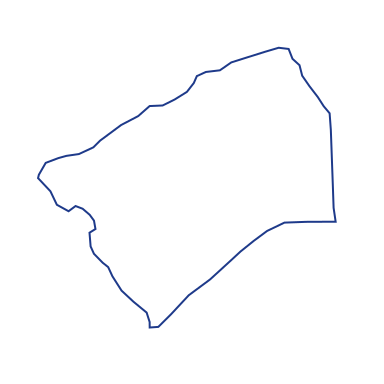 outline of Haparanda, Norrbotten, Sweden, rotated 260°
{"feature_id": "70781695B66074520393344", "entity_name": "Haparanda", "entity_type": "district", "adm_level": 2, "iso_a3": "SWE", "parent_name": "Sweden", "parent_adm1": "Norrbotten", "projection": "mercator", "projection_center": [23.793, 65.969], "detail": "fine", "context": "isolated", "style": "outline", "palette": "blue", "viewbox_px": 384, "rotation_deg": 260, "n_neighbors": 0, "source": "geoboundaries", "source_scale": "gbopen_adm2", "svg_char_len": 906}
<svg xmlns="http://www.w3.org/2000/svg" viewBox="0 0 384 384"><g transform="rotate(260 192 192)"><path d="M65.9,126.8L65.0,135.4L75.3,150.2L90.9,170.9L102.8,194.7L118.3,219.1L125.0,229.5L133.2,244.4L140.6,259.2L145.8,277.7L142.8,299.2L137.8,328.3L151.8,328.7L175.2,332.0L229.0,339.5L245.6,341.2L253.6,336.6L263.6,332.4L275.7,326.1L287.4,320.7L298.2,319.9L305.7,314.1L316.1,312.0L319.0,302.4L317.4,288.2L314.9,269.0L312.8,253.2L307.0,240.6L307.8,226.5L305.3,216.9L299.0,212.7L291.5,204.4L286.1,191.0L282.3,178.1L284.0,165.2L276.1,152.2L270.3,133.9L258.6,110.5L253.1,102.6L249.0,87.2L249.4,74.6L248.6,66.3L246.1,53.0L235.6,44.2L232.4,42.8L217.3,52.7L202.9,56.7L194.5,67.1L198.4,74.9L194.5,81.4L187.3,87.3L180.8,90.5L172.3,90.5L169.7,84.0L156.0,82.7L148.2,84.7L137.8,91.8L132.6,96.4L122.8,99.0L107.1,105.5L94.1,115.3L81.1,126.4L71.3,127.7L65.9,126.8Z" fill="none" stroke="#1e3a8a" stroke-width="2"/></g></svg>